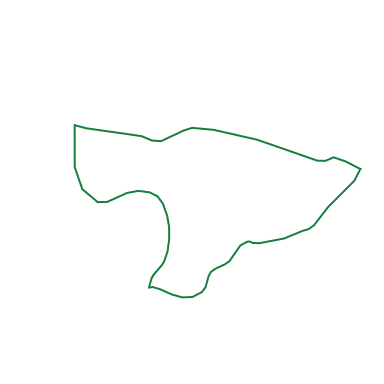 SVG path tracing the border of Ambeno, rotated 30°
{"feature_id": "TLS-543", "entity_name": "Ambeno", "entity_type": "District", "adm_level": 1, "iso_a3": "TLS", "parent_name": "East Timor", "parent_adm1": "", "projection": "mercator", "projection_center": [124.284, -9.341], "detail": "fine", "context": "isolated", "style": "outline", "palette": "green", "viewbox_px": 384, "rotation_deg": 30, "n_neighbors": 0, "source": "natural_earth", "source_scale": "10m", "svg_char_len": 863}
<svg xmlns="http://www.w3.org/2000/svg" viewBox="0 0 384 384"><g transform="rotate(30 192 192)"><path d="M326.3,87.8L327.0,101.0L317.4,136.9L314.3,159.6L311.9,165.2L309.8,167.8L307.4,170.1L295.0,186.2L276.0,202.6L270.0,205.8L267.1,205.9L264.9,207.2L260.6,214.0L259.0,233.2L256.7,238.1L250.5,247.0L248.3,251.9L248.4,256.3L251.3,267.6L250.6,273.7L245.0,282.6L236.4,288.1L225.5,290.9L213.2,292.1L205.3,294.0L202.7,296.2L202.1,295.0L200.1,286.6L200.1,282.8L202.3,271.3L202.7,266.5L200.5,255.6L195.9,244.4L189.7,233.8L182.4,225.0L172.7,216.7L164.3,213.0L155.4,213.5L144.9,217.9L136.3,225.2L123.5,243.0L115.4,247.9L95.6,244.4L78.0,229.1L57.0,192.8L68.8,189.6L120.5,168.8L131.8,167.4L139.9,163.3L153.9,143.1L160.0,136.4L179.5,127.4L222.1,114.2L284.8,102.2L291.9,98.4L297.4,91.1L310.1,88.7L326.1,87.9L326.3,87.8Z" fill="none" stroke="#15803d" stroke-width="2"/></g></svg>